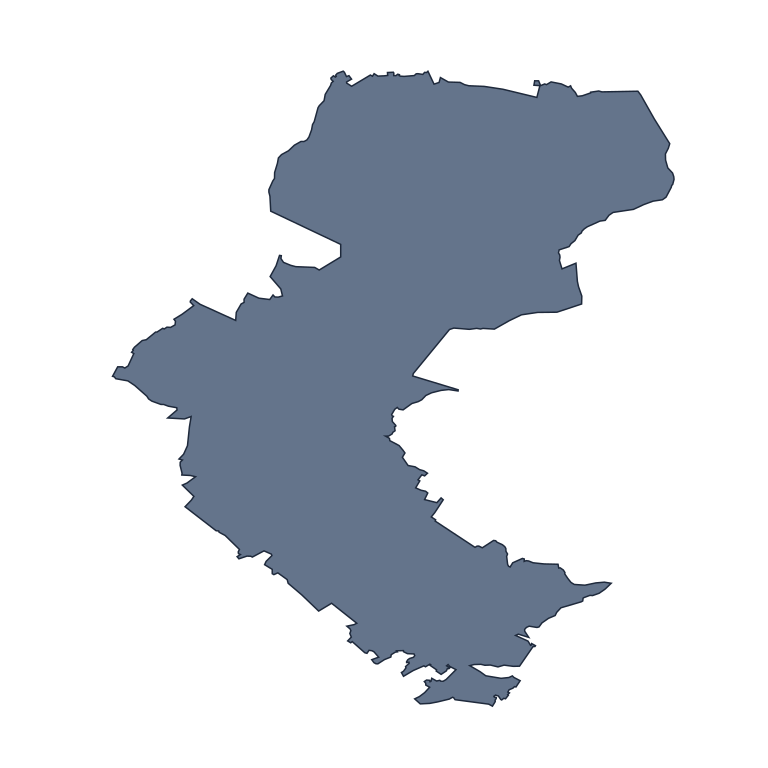 the district of Stangaceaua, Mehedinti, Romania, rotated 185°
{"feature_id": "2599482B21772436223412", "entity_name": "Stangaceaua", "entity_type": "district", "adm_level": 2, "iso_a3": "ROU", "parent_name": "Romania", "parent_adm1": "Mehedinti", "projection": "natural_earth1", "projection_center": [23.284, 44.603], "detail": "fine", "context": "isolated", "style": "filled", "palette": "slate", "viewbox_px": 768, "rotation_deg": 185, "n_neighbors": 0, "source": "geoboundaries", "source_scale": "gbopen_adm2", "svg_char_len": 6121}
<svg xmlns="http://www.w3.org/2000/svg" viewBox="0 0 768 768"><g transform="rotate(185 384 384)"><path d="M278.8,448.3L264.7,458.0L253.1,464.9L237.2,468.7L218.0,470.6L194.1,480.9L194.6,488.8L198.7,497.9L200.3,503.1L203.3,521.1L216.7,514.2L220.0,522.3L219.7,525.6L220.2,527.9L221.6,529.8L221.2,532.9L211.6,537.0L209.9,540.1L206.3,543.5L203.6,549.2L200.6,551.7L200.1,553.5L198.0,556.0L195.1,558.4L183.1,565.1L177.9,566.3L174.6,571.7L170.7,574.9L150.7,579.7L141.0,585.3L131.9,589.6L122.7,591.8L119.3,594.7L115.0,604.9L114.7,606.9L113.8,607.9L112.9,613.1L113.4,615.8L114.9,619.3L120.1,624.0L123.0,631.6L123.7,637.7L121.3,643.6L120.3,648.3L137.9,671.7L153.5,694.4L156.6,697.8L192.3,694.0L195.6,694.6L203.6,692.7L203.5,692.0L211.6,688.4L216.4,687.4L218.8,691.1L222.9,695.0L224.1,697.3L226.4,695.8L233.5,698.4L243.9,699.5L248.2,696.4L250.1,696.9L254.0,694.9L256.4,699.5L260.3,699.2L260.7,694.7L254.7,694.8L256.7,682.8L291.2,688.0L310.1,689.2L325.4,688.5L329.8,689.2L334.5,691.1L346.1,690.4L354.5,694.2L355.4,689.2L360.3,687.1L367.5,699.4L368.7,698.0L370.7,698.0L372.3,695.8L377.4,696.1L379.0,695.8L380.7,693.9L390.7,692.2L394.5,692.1L395.8,692.6L395.6,693.5L397.3,693.8L399.0,692.2L401.2,692.1L401.3,694.6L401.9,695.4L407.7,694.6L407.2,691.7L410.7,691.0L416.9,690.2L420.9,692.3L422.3,689.6L424.5,690.6L442.2,677.8L447.4,680.5L447.6,681.6L442.9,684.9L445.8,688.1L448.2,687.0L450.6,691.1L451.9,692.1L457.6,689.4L459.1,687.4L458.4,686.3L459.2,685.5L461.3,686.6L463.6,684.1L463.1,682.7L461.0,681.1L462.7,679.3L463.2,676.8L467.8,667.4L468.4,661.0L472.7,655.7L473.8,653.5L476.4,639.2L477.8,636.3L478.3,630.9L480.3,623.5L482.1,620.4L484.8,618.6L487.8,618.4L494.1,614.1L499.5,608.0L506.1,603.6L508.9,600.0L509.4,594.6L511.4,585.1L511.0,579.2L512.5,576.5L515.6,567.6L515.4,565.1L514.0,561.1L511.9,546.3L439.3,519.3L438.2,506.8L458.5,491.9L463.2,494.1L482.1,493.2L487.3,494.1L494.7,496.4L497.6,500.0L497.5,502.9L499.3,503.0L501.8,492.4L506.8,481.1L495.1,469.7L492.8,462.9L497.0,461.3L500.3,461.2L502.3,463.0L505.2,458.2L516.1,458.6L527.6,462.7L530.8,456.3L530.5,453.1L533.3,451.3L537.4,442.5L537.3,434.4L574.2,447.4L582.5,452.2L584.1,449.9L584.2,448.8L580.4,445.5L591.2,435.9L598.9,430.2L597.2,428.3L597.3,424.7L601.5,421.8L605.2,421.7L607.7,419.7L609.3,420.2L614.6,416.0L616.1,415.8L624.7,407.4L628.7,406.2L635.8,398.9L637.3,396.4L636.7,395.7L638.2,393.6L635.9,392.5L640.5,379.7L643.6,377.3L646.0,378.3L650.8,377.9L655.1,368.0L653.2,367.6L651.7,365.9L639.5,364.8L632.2,360.8L619.2,351.2L617.2,348.6L613.8,346.7L604.5,344.2L601.6,344.4L596.9,343.1L588.4,342.3L587.9,340.1L596.5,331.3L579.7,331.8L573.3,334.8L574.1,324.3L574.4,305.4L577.5,296.6L581.7,291.4L578.2,290.7L580.2,288.3L580.0,285.1L577.4,277.5L577.5,275.7L568.9,276.0L563.7,275.2L571.6,268.2L576.1,265.7L563.6,255.5L565.8,251.5L571.5,244.4L538.5,223.2L535.9,223.2L535.3,221.9L529.1,219.3L513.6,206.6L514.6,204.0L514.2,202.4L512.2,201.6L515.3,199.2L513.3,197.2L505.5,200.6L501.7,200.8L500.1,200.1L489.0,207.3L481.4,204.7L480.7,203.3L486.0,197.0L487.2,193.6L479.2,189.6L478.8,185.3L477.1,184.5L473.3,186.6L463.4,180.7L462.1,177.1L447.6,166.8L429.3,152.1L417.1,161.0L390.3,143.3L392.8,141.7L399.9,139.5L396.4,137.0L395.5,135.4L396.3,132.5L394.5,129.0L397.8,124.9L394.6,123.3L393.2,124.6L379.7,114.6L377.5,114.2L375.7,117.4L372.6,117.2L370.6,116.3L365.5,111.4L372.2,108.3L369.7,105.5L367.6,104.6L365.7,104.7L359.5,109.5L353.4,112.6L353.2,115.0L349.3,117.9L347.4,118.3L348.2,119.3L341.4,120.1L341.2,119.0L337.1,117.4L330.6,117.7L329.7,116.1L330.8,114.3L334.6,112.8L336.3,111.3L337.3,109.3L337.2,108.5L334.8,109.0L334.6,107.9L337.9,104.4L337.4,103.1L339.6,99.5L341.5,98.1L339.1,94.5L329.9,101.1L319.7,106.7L318.0,105.9L313.9,108.9L313.1,108.5L313.7,107.8L306.7,103.8L307.0,102.6L301.8,99.7L296.8,103.7L296.1,106.0L294.6,106.0L293.8,106.9L297.1,108.7L295.7,110.1L293.9,108.4L287.4,105.7L296.3,95.1L299.2,93.0L301.6,92.9L302.6,93.7L305.7,92.7L310.8,95.0L311.3,91.9L312.2,91.4L312.8,92.8L315.8,92.8L317.9,91.1L316.4,89.6L316.1,87.7L312.1,85.9L316.6,80.1L321.5,75.7L326.0,73.0L320.0,68.5L310.6,69.8L302.8,72.0L291.5,75.8L288.4,77.9L287.3,77.6L285.7,75.7L251.8,74.2L247.9,72.5L245.5,77.3L245.8,78.7L244.8,80.4L244.8,81.4L246.8,81.7L247.3,82.5L245.8,83.8L242.9,83.2L240.2,79.9L239.2,79.5L237.3,81.3L235.5,81.0L233.0,84.8L233.7,85.4L232.1,87.2L233.8,87.9L232.7,90.3L229.1,92.2L227.6,93.9L226.1,93.7L222.5,100.3L229.0,103.0L230.7,104.4L234.0,102.5L241.7,101.0L257.2,102.2L263.2,105.8L274.0,110.9L269.8,112.4L263.0,113.2L259.0,112.6L253.6,113.3L245.8,112.1L239.9,114.4L230.6,114.0L224.4,114.7L212.7,135.3L210.7,135.7L210.3,136.5L214.3,138.3L214.6,136.7L215.2,136.4L218.1,140.4L231.0,145.0L228.4,146.5L217.7,144.2L222.3,150.0L222.5,151.8L220.9,153.9L218.3,155.4L210.4,154.8L208.4,155.5L205.8,159.8L199.7,164.9L193.3,168.3L192.1,171.5L188.2,176.5L168.5,184.2L167.1,185.2L167.0,188.0L166.3,188.6L160.4,191.4L157.8,191.4L151.4,194.3L145.7,199.1L140.3,205.3L147.2,205.8L155.7,204.3L166.3,201.1L177.0,200.9L180.4,202.6L184.0,206.4L187.4,210.6L187.3,211.9L189.1,214.3L192.4,216.2L193.9,215.9L194.9,219.6L208.8,218.7L219.9,218.9L224.5,220.3L227.0,220.4L228.9,219.5L229.0,221.9L230.9,222.3L240.2,217.1L242.4,212.7L244.0,213.3L245.1,215.0L246.8,223.0L246.1,225.4L247.9,227.9L248.3,230.8L249.5,232.5L252.0,234.2L257.6,236.2L259.1,237.6L261.2,237.7L271.8,229.4L275.4,230.8L277.2,230.6L279.1,229.2L321.1,251.9L320.7,253.2L325.3,255.7L322.2,260.3L314.9,273.8L317.2,275.5L321.0,270.4L333.5,272.4L330.9,279.2L333.2,280.8L337.9,281.4L343.4,283.3L339.9,290.6L341.8,291.5L338.4,296.8L335.5,296.0L332.9,298.9L336.8,301.0L341.1,301.8L345.8,304.2L352.9,304.9L359.3,312.6L357.1,317.1L359.4,319.8L363.6,324.0L373.3,328.1L373.8,330.3L377.9,332.2L374.9,332.5L371.6,334.9L371.0,336.6L368.9,338.4L369.8,342.3L368.7,342.8L368.6,343.7L372.4,347.3L373.0,350.5L371.8,352.6L373.1,353.0L373.7,354.2L371.1,359.7L368.8,361.8L366.9,360.2L362.7,359.9L354.5,367.0L348.4,369.4L345.0,371.6L341.3,376.2L335.8,379.4L326.6,382.6L319.0,384.1L309.6,383.5L309.6,384.7L356.1,394.5L355.7,397.0L323.5,444.0L319.3,445.8L303.7,445.9L296.5,447.5L292.6,447.2L290.3,448.0L278.8,448.3Z" fill="#64748b" stroke="#1e293b" stroke-width="1.5"/></g></svg>